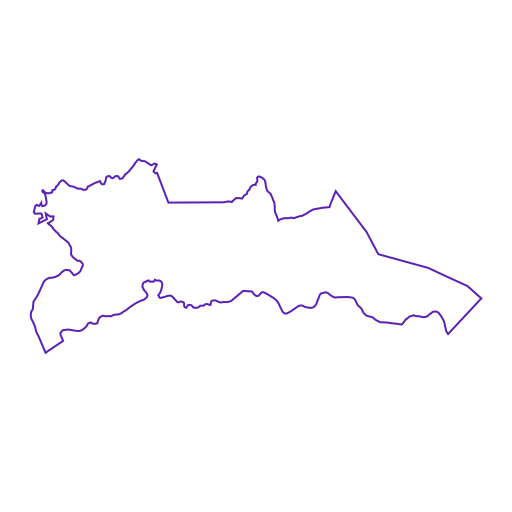 Zapotitlán de Méndez, Puebla, Mexico
{"feature_id": "50627088B5409879857753", "entity_name": "Zapotitlán de Méndez", "entity_type": "district", "adm_level": 2, "iso_a3": "MEX", "parent_name": "Mexico", "parent_adm1": "Puebla", "projection": "equal_earth", "projection_center": [-97.699, 20.004], "detail": "fine", "context": "isolated", "style": "outline", "palette": "violet", "viewbox_px": 512, "rotation_deg": 0, "n_neighbors": 0, "source": "geoboundaries", "source_scale": "gbopen_adm2", "svg_char_len": 5953}
<svg xmlns="http://www.w3.org/2000/svg" viewBox="0 0 512 512"><path d="M33.9,211.6L33.9,212.4L34.9,213.7L41.4,213.5L42.6,217.4L41.1,218.4L39.5,218.7L38.5,223.4L46.9,219.2L45.7,213.4L50.1,216.5L53.5,216.4L53.2,219.9L48.9,222.8L47.9,223.2L48.4,223.8L49.8,225.0L51.0,225.7L51.8,226.7L53.0,228.0L53.5,229.2L56.2,231.9L57.5,232.8L59.7,235.7L60.8,236.7L61.8,237.5L62.8,238.0L63.9,239.1L66.1,240.7L67.4,242.0L68.1,242.4L68.6,243.0L69.6,245.0L70.6,246.5L71.2,248.4L71.2,251.7L71.0,253.6L71.5,255.4L72.4,256.4L72.9,257.1L74.8,258.8L77.5,260.8L78.4,260.8L79.3,260.7L80.6,261.4L81.5,262.3L82.7,263.9L82.9,265.3L80.9,269.8L80.5,270.9L79.3,272.3L78.4,273.2L76.8,273.9L75.4,274.8L74.6,275.2L74.0,275.2L73.2,274.6L72.0,272.9L69.6,270.3L65.8,269.9L63.5,270.8L62.6,271.5L60.9,273.1L60.3,273.9L58.5,275.4L57.5,275.9L56.6,276.2L55.9,276.7L53.4,277.5L49.1,277.9L46.8,279.0L45.1,280.3L44.2,281.2L42.7,284.2L41.0,288.0L37.6,295.3L35.3,299.0L33.5,301.6L32.7,309.6L31.5,311.0L31.0,313.0L30.7,315.8L31.3,318.7L33.2,322.4L34.8,326.0L36.2,331.7L38.5,336.2L45.6,352.8L48.6,350.6L63.1,340.9L61.3,336.6L61.1,336.2L60.6,335.0L60.4,332.9L62.6,330.3L68.1,329.5L72.2,330.2L78.2,331.1L81.0,330.6L83.8,328.8L86.4,326.5L88.0,323.6L90.4,322.5L90.6,322.4L92.7,323.6L95.2,323.9L97.3,323.2L98.8,318.5L100.2,317.0L102.5,315.7L106.8,316.4L108.6,316.0L110.6,316.4L113.8,314.8L119.2,314.3L121.5,313.1L124.2,311.2L126.2,310.1L130.6,306.6L136.0,303.1L141.1,300.6L143.6,299.9L145.8,298.2L146.9,297.1L147.5,295.2L147.0,293.8L145.7,291.9L143.9,289.9L142.3,286.3L143.0,283.5L143.7,282.5L145.9,281.7L146.3,281.2L148.6,280.4L149.4,281.4L150.2,281.7L151.8,281.5L153.5,281.7L154.3,281.0L154.7,280.2L154.8,279.8L156.9,280.6L159.2,280.5L160.3,280.9L160.7,281.2L161.4,281.9L162.1,283.1L162.3,284.1L162.2,285.4L161.8,287.5L161.5,289.0L161.0,290.3L160.2,292.7L158.6,294.8L158.0,296.1L158.4,295.6L158.9,296.1L159.2,297.0L159.5,297.4L159.8,297.7L160.9,297.8L161.7,297.7L167.8,295.9L169.6,295.6L171.3,295.8L172.0,296.5L173.2,297.5L173.8,298.3L177.4,302.1L178.0,302.3L178.7,302.3L180.4,301.5L181.1,301.5L182.2,301.8L183.2,302.1L183.7,302.6L184.1,303.3L184.1,306.0L184.9,307.2L185.5,307.7L186.3,307.7L186.6,307.4L187.3,306.1L188.0,305.2L189.0,304.9L191.3,305.2L192.0,305.8L192.8,306.9L193.5,307.6L194.7,307.8L197.2,307.7L198.1,307.4L199.4,306.5L199.8,306.1L200.2,305.8L200.9,305.7L203.5,305.7L204.6,304.9L204.9,304.5L205.5,304.2L206.8,304.0L207.8,304.2L208.5,304.6L209.4,304.7L209.9,305.0L210.4,304.8L210.7,304.3L210.9,302.4L211.4,301.2L211.9,300.8L213.6,300.4L215.2,300.4L215.9,300.6L216.9,301.1L219.5,302.2L221.0,302.5L223.5,302.0L227.4,302.1L229.4,301.5L231.2,301.0L243.1,290.9L252.0,291.5L254.2,294.5L255.0,295.0L255.7,295.7L257.4,296.1L258.5,295.7L261.7,292.4L262.5,292.1L263.9,292.4L266.9,293.9L273.1,297.7L276.3,300.2L278.5,303.3L282.5,311.6L284.3,313.3L286.5,313.6L290.4,311.6L297.9,306.4L299.8,305.5L302.3,305.5L303.7,306.2L305.0,307.0L307.6,307.5L309.9,307.8L311.7,307.8L313.2,307.4L314.2,306.7L315.3,305.5L316.3,303.9L318.2,299.1L319.7,295.0L320.8,293.5L322.8,293.1L325.7,292.2L327.9,293.1L330.7,295.4L334.0,297.3L336.2,297.5L337.5,297.2L340.9,297.2L346.5,297.0L350.4,297.3L353.0,297.8L354.3,298.9L355.3,300.1L357.0,303.8L357.9,305.4L360.2,307.4L361.6,308.9L363.5,312.9L365.5,314.8L366.2,315.4L367.0,315.8L372.7,317.3L373.7,318.3L375.7,319.9L379.1,321.7L380.7,322.3L385.3,322.4L387.5,322.6L390.6,323.1L397.8,323.9L400.7,324.4L401.8,324.5L402.3,324.1L405.9,319.3L406.8,318.9L408.7,317.1L409.7,316.5L411.1,316.0L411.8,315.9L413.7,315.2L414.4,315.7L416.5,316.2L418.8,316.2L423.1,317.2L424.9,317.0L426.6,316.6L428.0,315.8L429.2,314.5L431.1,313.2L432.7,311.9L434.6,311.5L436.8,311.6L438.8,313.1L441.1,316.1L443.5,320.4L444.4,322.5L444.9,325.3L446.2,330.9L446.9,332.4L448.1,334.0L481.3,298.4L467.4,286.0L446.8,276.6L428.2,267.9L378.3,254.2L366.7,232.2L335.7,191.2L330.4,204.2L329.5,207.1L322.2,207.8L313.1,209.5L312.4,209.9L310.4,210.9L309.3,211.7L305.2,214.3L304.1,214.7L302.2,215.8L300.7,216.0L298.0,216.7L294.1,218.1L292.4,218.0L291.7,217.7L291.2,217.6L289.0,218.2L286.6,218.2L285.3,218.1L282.6,218.6L281.3,219.0L280.2,219.5L278.2,220.7L277.8,219.0L276.7,215.9L275.2,212.6L274.9,211.3L274.7,209.1L274.8,207.1L274.4,203.1L274.3,202.6L273.4,200.6L273.1,200.0L272.5,198.1L271.2,195.3L270.8,194.1L267.5,191.1L266.9,189.8L266.0,186.8L265.8,185.7L265.7,184.3L265.4,183.2L265.4,182.0L264.5,179.8L262.8,178.3L261.4,177.3L260.5,177.1L259.2,176.4L257.8,176.9L257.1,177.7L257.4,181.4L255.6,183.8L255.7,184.9L253.9,184.8L253.1,185.0L251.3,186.4L250.2,187.4L249.6,188.8L249.6,189.6L248.9,190.0L247.6,191.3L246.8,193.9L246.4,194.2L245.7,194.5L245.0,195.1L244.3,195.5L243.6,196.2L243.0,197.4L242.0,198.6L239.3,198.1L237.9,198.1L237.6,198.2L236.4,197.9L234.1,199.7L233.2,200.7L232.4,201.1L231.9,202.0L228.1,201.4L225.4,202.0L222.7,202.3L168.4,202.6L157.1,172.9L155.7,173.4L153.5,171.5L153.9,170.3L156.8,164.5L154.8,163.5L151.1,165.3L145.0,161.3L141.0,160.8L139.0,159.2L137.5,160.2L135.5,162.6L133.2,166.1L128.7,171.5L127.1,173.0L125.1,174.5L123.5,177.0L122.3,178.5L119.7,178.8L118.2,176.3L116.0,176.0L114.9,176.5L113.9,177.6L112.7,178.2L111.3,177.9L109.8,176.1L107.3,176.3L106.2,177.3L105.8,179.8L105.1,181.9L104.2,184.1L102.0,184.3L100.9,183.1L99.9,181.1L97.2,182.2L95.7,182.7L94.4,183.2L91.8,184.7L90.5,185.3L89.4,186.1L87.8,186.5L87.5,187.7L87.0,188.6L86.3,189.4L85.8,189.8L84.8,189.6L83.7,190.0L81.4,188.9L80.6,188.6L77.7,188.7L76.8,188.1L73.0,186.5L71.2,186.3L69.1,185.6L64.8,181.5L63.0,180.3L61.9,180.4L60.9,181.1L60.4,181.7L59.2,182.7L58.5,184.3L57.8,185.1L56.1,186.6L55.7,188.0L55.3,188.9L54.6,189.6L53.2,189.9L52.4,190.1L52.3,190.9L52.3,191.9L51.9,192.5L51.3,192.8L50.7,192.6L49.8,193.2L48.9,193.3L48.3,193.1L47.0,193.2L46.3,193.1L45.5,192.5L44.6,192.4L43.8,191.1L43.3,190.5L42.9,190.2L42.4,190.5L42.4,191.5L42.7,192.0L45.1,193.8L46.3,200.1L46.6,202.1L46.3,204.3L44.5,205.8L42.1,206.1L41.2,203.5L41.2,202.9L39.3,205.9L38.1,205.7L36.8,204.8L35.4,205.9L33.9,211.6Z" fill="none" stroke="#5b21b6" stroke-width="2"/></svg>